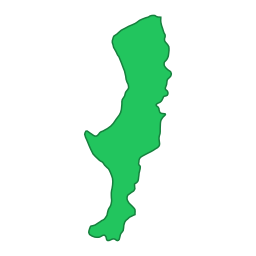 outline of Plateaux, Haut-Ogooué, Gabon
{"feature_id": "22940354B6249741247917", "entity_name": "Plateaux", "entity_type": "district", "adm_level": 2, "iso_a3": "GAB", "parent_name": "Gabon", "parent_adm1": "Haut-Ogooué", "projection": "robinson", "projection_center": [14.201, -1.717], "detail": "fine", "context": "isolated", "style": "filled", "palette": "green", "viewbox_px": 256, "rotation_deg": 0, "n_neighbors": 0, "source": "geoboundaries", "source_scale": "gbopen_adm2", "svg_char_len": 3729}
<svg xmlns="http://www.w3.org/2000/svg" viewBox="0 0 256 256"><path d="M160.8,17.2L157.8,17.0L156.0,16.3L154.9,15.5L153.4,15.4L151.8,15.5L150.0,16.0L148.5,17.0L145.4,17.9L142.3,19.1L139.5,20.4L137.1,22.2L135.3,23.4L132.5,24.7L128.7,26.3L125.0,28.3L121.3,30.2L118.2,32.9L117.5,33.6L116.9,34.1L113.9,36.1L113.3,37.3L112.8,39.1L112.3,40.8L112.3,42.6L113.0,44.7L113.6,47.3L113.9,47.9L116.1,51.8L117.6,55.0L118.9,56.7L121.4,62.8L123.4,68.2L124.5,70.9L125.7,76.2L126.1,79.3L127.0,82.0L128.1,84.2L128.5,86.0L128.6,88.0L127.8,89.4L126.3,91.3L125.6,92.3L125.2,93.7L124.6,96.0L123.0,98.5L122.3,99.6L121.9,101.4L121.9,104.1L121.4,109.4L120.6,112.5L119.2,115.2L116.2,119.2L113.4,123.3L110.7,126.2L107.4,128.6L105.0,129.9L103.3,130.9L100.8,131.9L99.7,132.8L98.5,134.4L97.4,135.5L96.4,136.1L94.8,136.1L92.9,135.0L91.5,134.0L90.4,133.3L88.6,132.0L87.1,131.0L85.9,131.2L85.1,132.7L84.7,134.3L85.6,137.4L86.6,139.5L87.7,142.1L88.9,145.1L90.7,149.2L92.1,152.0L93.1,154.0L95.3,156.4L97.0,158.0L99.3,160.2L100.8,161.2L102.5,162.1L103.2,163.0L104.6,165.1L106.9,167.4L108.5,168.8L109.5,170.5L110.5,172.7L111.6,175.5L112.5,178.2L112.8,181.5L112.6,184.9L112.1,188.3L111.6,190.5L111.3,192.8L111.3,195.5L111.4,197.9L111.6,199.5L111.6,201.2L111.3,203.0L111.0,204.5L110.3,206.3L109.8,207.1L109.0,208.3L108.4,209.5L108.0,210.7L107.4,213.2L107.0,215.3L105.3,217.9L104.4,219.1L102.9,220.1L101.7,220.6L100.1,221.8L98.8,222.6L97.7,223.3L96.2,224.3L95.1,225.0L92.9,225.7L90.9,226.1L90.4,226.7L89.6,228.7L88.9,231.1L88.8,232.7L89.6,234.5L91.0,235.4L92.1,236.1L93.5,236.6L94.9,237.1L97.1,237.3L99.1,237.2L100.4,236.7L101.8,235.9L103.1,235.2L104.6,235.2L105.9,236.6L106.3,238.2L106.7,239.8L107.6,240.5L109.0,240.5L110.3,240.0L112.0,239.2L113.3,238.9L114.3,239.0L115.2,239.3L116.3,240.2L117.3,240.6L118.4,240.3L119.2,239.4L119.6,237.9L119.9,236.7L120.3,235.0L120.9,233.5L121.9,232.3L122.5,231.5L123.2,230.4L123.4,229.1L123.6,227.8L123.8,225.4L124.1,224.2L124.8,222.0L126.0,220.3L127.4,219.2L129.5,217.2L131.6,216.2L133.3,215.3L135.0,214.6L135.0,213.3L135.1,211.2L134.9,209.4L133.8,207.9L131.8,205.8L129.1,203.2L127.9,201.3L127.2,199.8L127.0,198.2L127.2,196.5L128.0,194.9L129.3,194.0L131.3,192.5L133.6,191.0L134.4,189.8L134.9,188.7L134.7,187.3L134.6,185.8L134.5,184.8L134.6,183.9L136.1,183.0L136.9,182.4L138.0,180.9L138.4,179.2L138.6,177.4L138.9,175.2L139.1,172.9L139.5,171.5L139.7,170.5L140.1,168.9L140.3,166.8L139.9,165.8L139.1,165.1L138.6,163.9L138.7,163.0L138.9,161.7L139.0,160.3L139.3,159.2L139.8,158.2L140.8,157.1L142.3,156.1L145.1,154.6L147.8,153.2L151.0,151.6L153.1,150.4L155.4,148.9L157.6,147.6L159.0,146.1L159.4,145.2L159.6,143.8L159.4,142.0L159.2,140.5L159.0,138.8L159.1,137.0L159.5,135.3L160.0,133.7L160.2,131.6L160.2,128.5L160.3,125.9L160.4,123.6L160.6,121.7L161.1,120.0L162.2,118.2L163.3,116.8L164.4,115.8L165.4,114.7L165.1,113.8L163.3,113.6L161.5,113.4L160.5,112.9L159.8,112.3L159.4,111.1L159.1,110.0L158.9,108.5L158.2,107.2L157.5,106.6L156.6,106.0L156.1,104.9L156.6,104.1L157.5,103.4L158.8,102.8L159.9,102.3L161.1,101.3L161.8,100.4L162.8,98.5L163.4,97.0L164.3,96.2L165.9,95.9L167.3,95.2L167.8,94.2L168.0,93.0L167.5,91.3L166.9,90.6L165.8,89.7L165.3,88.8L165.4,87.7L165.8,86.6L166.2,85.6L166.6,84.4L166.8,82.7L167.1,80.4L167.7,79.2L168.6,78.3L169.6,77.4L170.6,76.3L171.2,74.8L171.3,73.6L170.7,71.9L170.0,71.2L168.9,70.5L167.5,69.5L165.7,67.7L164.6,66.2L164.2,65.2L164.1,63.8L164.2,62.6L164.7,61.7L165.5,60.9L166.6,59.7L167.2,58.7L167.7,57.7L168.3,56.1L168.5,54.7L168.7,53.1L169.0,50.4L169.0,48.6L168.8,46.7L167.5,44.5L166.7,43.6L165.5,42.2L164.7,41.1L164.5,39.5L164.6,38.2L165.0,37.3L165.2,36.0L165.0,34.6L164.0,32.9L163.4,31.2L162.5,28.2L161.6,25.6L160.9,22.6L160.7,20.8L160.8,18.1L160.8,17.2Z" fill="#22c55e" stroke="#15803d" stroke-width="1.5"/></svg>